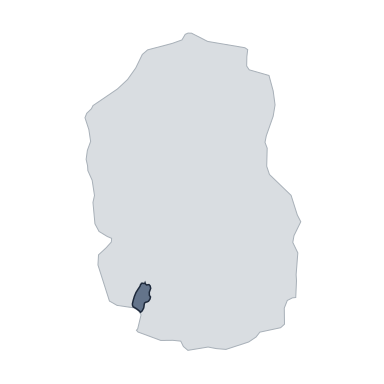 Vrapcište highlighted on a map of North Macedonia, rotated 276°
{"feature_id": "MKD-2959", "entity_name": "Vrapcište", "entity_type": "Statistical Region", "adm_level": 1, "iso_a3": "MKD", "parent_name": "North Macedonia", "parent_adm1": "", "projection": "robinson", "projection_center": [20.847, 41.862], "detail": "fine", "context": "in_parent", "style": "filled", "palette": "slate", "viewbox_px": 384, "rotation_deg": 276, "n_neighbors": 0, "source": "natural_earth", "source_scale": "10m", "svg_char_len": 1604}
<svg xmlns="http://www.w3.org/2000/svg" viewBox="0 0 384 384"><g transform="rotate(276 192 192)"><path d="M171.4,94.6L178.3,95.4L193.2,91.5L202.4,86.2L207.2,85.4L213.4,83.3L222.5,83.6L231.7,85.9L243.3,82.9L254.7,77.8L259.3,79.1L264.3,83.3L267.6,84.5L286.7,107.1L297.2,116.2L309.5,123.1L323.6,128.2L328.7,133.0L337.8,157.0L342.2,166.1L348.1,168.8L349.6,171.4L349.9,174.9L343.4,191.8L341.0,229.5L339.4,232.5L332.3,232.4L323.0,233.2L319.5,236.1L315.9,256.4L300.9,262.2L287.3,265.5L275.8,264.8L255.6,260.0L249.0,259.4L243.4,262.2L225.4,263.6L217.5,267.2L199.0,290.9L180.2,299.1L173.8,303.3L159.3,298.0L152.4,297.5L142.5,303.6L120.6,304.2L114.7,305.2L97.9,306.2L97.2,302.9L94.1,298.1L86.2,295.9L70.2,297.8L66.3,294.3L59.7,274.1L54.5,270.9L48.8,264.1L39.0,242.2L38.8,232.6L39.5,224.2L34.1,204.5L37.4,199.6L42.5,196.4L42.5,188.5L41.1,176.5L47.1,152.9L48.7,151.2L50.2,152.3L64.6,154.2L68.3,151.2L70.7,146.5L71.4,129.3L74.9,121.3L109.6,106.1L119.7,105.6L127.6,112.5L133.8,117.0L137.5,116.9L138.9,112.4L143.0,103.7L150.2,98.8L171.2,94.6L171.4,94.6Z" fill="#d9dde1" stroke="#a8b0b8" stroke-width="1"/><path d="M67.0,153.4L68.1,152.2L70.1,149.0L71.4,146.2L71.5,145.6L73.0,144.7L74.5,144.4L78.3,144.9L82.1,145.6L86.2,146.8L89.7,148.5L92.9,150.2L94.5,150.5L95.3,151.2L95.8,151.2L96.1,151.8L96.0,153.6L96.1,154.6L96.8,154.8L95.9,155.2L95.4,155.7L94.8,156.5L95.2,157.9L95.4,158.9L94.2,160.2L91.9,161.0L87.9,160.0L84.8,160.4L83.3,161.7L81.1,161.4L78.9,160.2L78.2,159.2L77.4,157.3L76.6,156.4L74.9,156.2L73.2,156.2L71.7,156.1L71.1,155.9L68.5,154.8L67.0,153.4Z" fill="#64748b" stroke="#1e293b" stroke-width="1.5"/></g></svg>